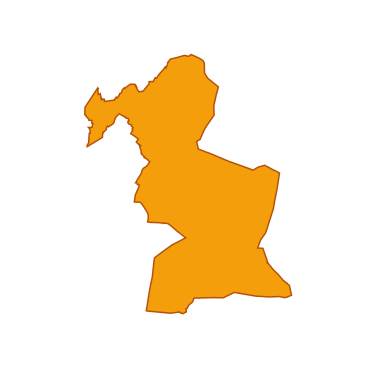 Dinkelland, Overijssel, Netherlands, rotated 112°
{"feature_id": "6326949B33383901322774", "entity_name": "Dinkelland", "entity_type": "district", "adm_level": 2, "iso_a3": "NLD", "parent_name": "Netherlands", "parent_adm1": "Overijssel", "projection": "orthographic", "projection_center": [6.904, 52.371], "detail": "fine", "context": "isolated", "style": "filled", "palette": "amber", "viewbox_px": 384, "rotation_deg": 112, "n_neighbors": 0, "source": "geoboundaries", "source_scale": "gbopen_adm2", "svg_char_len": 5314}
<svg xmlns="http://www.w3.org/2000/svg" viewBox="0 0 384 384"><g transform="rotate(112 192 192)"><path d="M99.7,268.8L99.8,268.9L102.2,269.2L104.4,269.5L104.4,269.8L104.5,270.1L104.7,270.8L105.7,273.1L107.9,272.4L108.0,272.4L117.0,275.2L117.2,275.8L117.3,276.1L119.0,278.4L117.5,281.0L117.1,281.4L116.1,282.5L115.8,282.6L115.7,282.5L115.3,283.6L115.2,283.7L114.9,283.6L114.7,283.5L114.3,283.7L114.3,283.9L114.2,284.9L113.7,284.9L113.6,285.8L114.2,287.0L114.6,288.0L114.7,288.5L114.7,289.0L115.5,289.6L116.1,290.0L116.7,290.6L117.0,290.8L121.2,293.1L120.7,293.7L123.4,294.9L125.6,294.6L126.5,294.7L126.9,295.0L127.7,295.9L128.5,295.9L129.3,295.7L130.1,296.0L130.2,295.8L133.2,296.9L133.1,297.2L132.6,297.8L135.5,298.6L135.8,298.3L136.0,298.6L136.8,300.0L137.0,300.5L138.0,302.2L138.8,303.4L139.1,303.9L139.5,304.7L140.0,305.6L140.2,305.8L140.4,306.2L140.6,306.5L140.8,307.0L140.1,307.4L139.5,307.6L138.9,308.0L139.7,309.2L139.2,309.5L139.4,309.7L139.4,309.8L139.6,310.0L140.2,310.4L140.4,310.7L139.7,311.2L138.3,311.5L138.2,311.8L138.0,312.1L135.2,313.8L135.9,314.2L136.7,315.4L132.6,317.5L131.4,317.6L131.6,317.9L131.6,318.0L131.0,318.4L150.3,322.3L153.6,322.9L156.6,321.8L160.2,320.5L160.6,319.9L160.4,319.8L160.7,319.1L161.0,319.2L163.5,314.5L164.2,314.3L163.1,311.6L165.8,310.6L165.7,309.3L167.0,309.4L167.3,309.4L169.5,308.9L170.9,312.2L171.5,311.2L171.4,310.6L175.6,308.4L176.0,309.2L177.8,308.7L185.0,306.3L187.8,306.7L189.2,306.2L188.9,305.9L185.9,303.7L184.5,302.6L174.9,295.5L170.8,296.9L170.3,296.2L169.6,296.6L169.5,296.4L169.5,296.5L168.9,296.2L168.7,296.0L168.1,295.6L167.0,295.2L166.3,294.9L165.4,295.0L164.0,295.4L163.5,295.3L163.3,295.3L163.0,295.3L162.8,295.2L162.7,295.1L162.6,294.9L162.6,294.7L162.7,294.2L162.9,293.9L162.7,293.6L162.1,293.5L160.5,292.1L159.4,291.5L159.0,291.1L157.2,290.4L156.8,290.4L154.5,290.7L151.3,290.6L151.2,290.6L149.2,289.9L146.7,288.7L147.2,285.5L147.2,285.2L147.2,284.9L147.4,284.1L147.3,282.5L147.3,282.3L147.5,282.2L147.9,282.0L148.1,281.6L148.1,281.4L148.1,280.6L147.9,280.6L147.9,278.4L148.2,278.3L149.8,277.1L149.9,277.3L150.2,277.7L150.4,277.8L150.8,277.9L151.8,277.1L152.2,277.0L152.6,275.9L152.6,275.4L152.6,274.6L152.6,273.2L153.3,272.9L153.7,272.8L153.8,272.7L154.1,271.3L154.2,271.2L154.4,270.8L155.7,271.1L155.9,271.2L156.0,271.1L156.2,270.8L156.4,270.2L160.9,270.6L161.7,266.4L163.0,261.6L166.6,262.4L167.9,259.0L167.8,258.8L167.6,258.7L168.2,257.2L168.3,257.3L168.3,257.1L169.4,257.6L171.6,255.8L172.1,255.5L172.4,255.0L174.8,253.4L175.1,253.7L175.9,252.5L176.2,251.9L176.8,250.4L177.1,249.6L177.1,249.4L177.8,249.5L177.9,249.4L178.0,249.1L178.1,248.2L178.2,247.6L178.2,246.8L178.3,246.5L178.3,246.3L179.9,242.4L180.7,242.7L181.1,242.8L182.7,243.0L183.1,243.1L183.7,243.3L185.1,243.8L186.6,244.7L186.6,244.8L187.1,245.0L187.7,245.6L188.3,245.9L188.8,246.1L190.5,246.4L191.0,246.4L192.3,246.2L192.7,246.1L192.8,246.1L193.9,246.0L194.0,246.0L199.8,247.1L200.7,247.3L204.0,247.6L204.5,247.7L204.1,247.0L204.7,246.2L205.3,245.8L205.6,245.4L205.4,245.2L205.2,245.1L205.2,244.9L205.1,244.0L205.3,243.4L207.0,243.3L208.6,243.2L216.1,243.4L222.9,241.7L220.9,236.4L221.0,236.3L221.2,235.6L222.3,233.2L227.1,226.5L227.6,226.0L229.4,224.2L233.0,222.6L236.4,222.0L235.7,219.0L233.5,213.0L232.6,210.3L231.9,207.9L231.8,207.4L231.7,207.1L231.8,207.0L231.6,206.9L230.9,204.8L230.9,204.6L230.3,202.6L231.1,199.2L233.7,191.7L233.8,191.3L234.0,190.8L234.0,190.7L234.9,187.4L236.9,180.7L248.7,190.8L257.8,196.5L263.0,199.7L266.9,202.0L269.5,201.6L283.5,197.6L286.4,196.8L292.8,195.8L302.3,193.8L314.5,190.9L319.2,190.0L319.1,188.9L312.5,166.7L308.4,159.4L308.0,158.9L308.3,158.7L308.4,157.7L308.3,157.1L308.3,156.5L308.4,156.2L308.1,154.6L305.9,153.1L305.4,152.4L304.6,152.7L304.2,152.9L303.8,153.2L303.5,153.4L302.4,153.9L302.0,153.2L301.8,153.0L301.7,152.9L301.3,152.8L298.7,152.8L298.4,152.7L295.2,151.1L294.7,150.7L294.4,150.5L294.2,150.5L293.7,150.4L291.9,150.3L291.2,150.3L290.1,150.4L289.9,150.4L289.0,149.3L288.7,148.9L288.6,148.6L287.8,145.7L287.6,145.3L287.5,145.1L287.4,144.8L287.1,144.4L286.9,144.2L283.7,136.7L283.3,135.8L283.2,135.6L282.6,134.3L278.3,123.3L269.2,115.1L266.9,104.0L265.7,98.8L264.6,93.7L260.4,81.2L256.0,71.3L255.4,66.8L253.7,64.3L250.4,61.1L242.2,66.6L241.1,70.0L240.9,70.1L241.0,70.3L239.7,74.5L236.6,80.4L236.0,81.6L233.6,87.6L229.6,94.6L229.8,95.1L229.6,95.2L229.8,95.4L229.5,95.9L229.3,95.8L229.3,95.7L229.1,95.7L228.9,95.4L217.7,105.2L219.3,110.2L210.8,110.4L202.5,108.5L199.1,108.6L192.7,109.1L181.1,110.0L177.0,110.3L168.9,112.1L161.9,113.4L155.4,114.7L141.6,118.0L141.3,121.1L140.9,126.3L140.2,132.8L140.0,134.5L141.2,136.1L144.2,140.0L148.8,143.5L149.0,150.2L149.1,151.1L149.1,152.7L149.8,169.8L149.5,188.0L149.5,190.1L149.7,194.2L149.8,202.2L143.4,206.7L143.2,206.6L140.2,204.2L131.4,204.0L127.2,203.6L121.4,202.4L112.5,200.3L103.7,204.1L93.1,205.9L84.7,206.9L80.6,220.1L79.0,222.3L77.0,224.9L69.9,228.0L67.8,229.0L66.9,230.0L66.1,231.0L65.3,234.9L64.8,244.2L67.4,245.9L67.9,248.3L68.2,250.2L73.7,257.3L76.8,261.7L77.6,262.0L78.0,262.1L78.4,262.4L78.6,262.4L78.8,262.4L79.1,262.2L79.3,262.2L79.5,262.4L79.8,262.4L80.2,262.7L81.2,263.1L82.1,262.7L83.2,262.5L83.9,262.4L84.3,262.5L86.6,262.6L86.0,263.7L88.3,264.1L95.2,266.6L98.5,267.3L99.8,267.5L99.8,268.2L99.7,268.8Z" fill="#f59e0b" stroke="#b45309" stroke-width="1.5"/></g></svg>